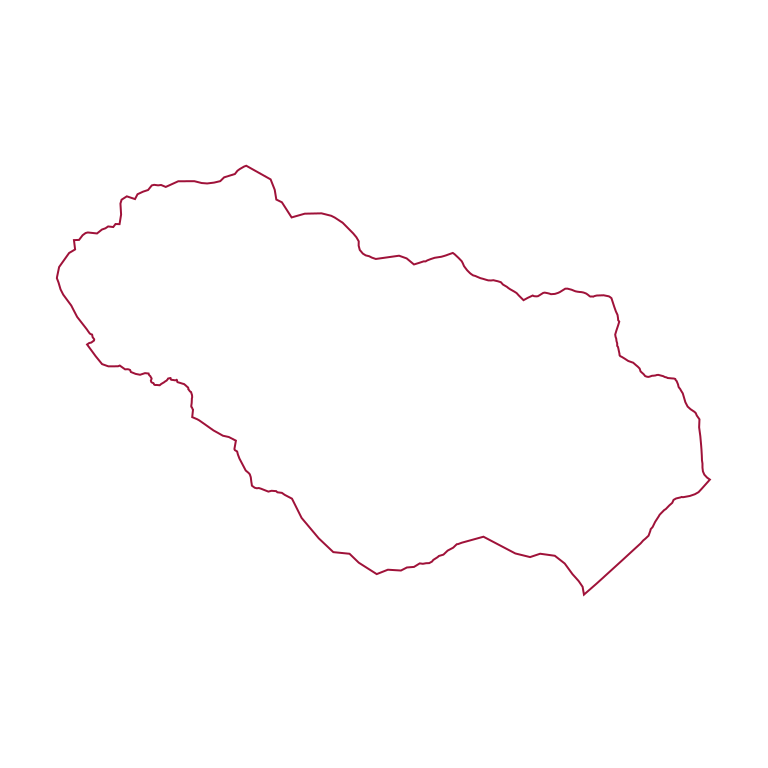 outline of Avram Iancu, Alba, Romania, rotated 173°
{"feature_id": "2599482B52871101223545", "entity_name": "Avram Iancu", "entity_type": "district", "adm_level": 2, "iso_a3": "ROU", "parent_name": "Romania", "parent_adm1": "Alba", "projection": "orthographic", "projection_center": [22.773, 46.378], "detail": "fine", "context": "isolated", "style": "outline", "palette": "rose", "viewbox_px": 768, "rotation_deg": 173, "n_neighbors": 0, "source": "geoboundaries", "source_scale": "gbopen_adm2", "svg_char_len": 5261}
<svg xmlns="http://www.w3.org/2000/svg" viewBox="0 0 768 768"><g transform="rotate(173 384 384)"><path d="M674.2,564.6L674.2,562.2L674.2,555.2L680.6,552.4L692.2,539.7L695.4,530.3L695.8,528.9L694.7,524.5L693.5,517.3L691.5,511.8L684.8,499.9L683.5,496.3L680.4,488.0L672.2,474.3L671.5,472.9L669.9,470.0L668.9,469.2L667.7,468.6L667.5,466.0L666.2,463.7L666.5,462.5L669.5,460.8L671.6,460.6L673.9,459.4L666.8,446.7L661.4,438.1L655.4,435.1L645.8,434.0L644.0,434.5L639.2,430.1L636.5,429.9L635.4,429.5L634.3,428.8L633.8,426.8L629.3,424.3L625.0,422.9L619.9,423.9L616.4,423.1L616.3,422.4L615.9,421.3L615.0,420.3L614.7,419.4L614.0,417.9L614.4,416.8L615.0,415.7L614.7,414.3L614.2,413.8L613.7,413.4L612.8,413.0L612.5,412.5L612.3,411.6L611.8,411.1L610.7,410.8L610.0,410.8L606.8,410.1L605.1,411.2L602.1,412.5L600.6,413.4L599.5,413.8L598.6,414.6L598.0,415.2L597.7,415.7L596.4,415.9L595.2,415.9L595.0,415.0L595.0,414.5L594.6,414.1L593.8,413.9L593.3,413.8L592.2,413.5L591.3,413.2L590.6,413.1L590.2,413.1L589.3,413.4L589.0,413.0L589.0,412.3L588.9,411.3L588.5,410.9L586.6,410.1L583.5,408.7L582.6,408.4L581.3,407.1L580.2,405.8L579.5,405.0L578.9,404.4L578.7,403.4L578.9,402.8L577.4,400.2L576.5,399.5L575.9,396.3L576.0,394.3L576.5,392.9L576.6,392.1L576.9,390.4L577.2,388.6L577.6,387.1L578.0,385.6L578.0,384.8L577.5,384.2L577.1,382.6L576.7,381.8L577.7,377.5L578.4,374.5L573.7,371.8L571.8,370.4L558.9,358.7L554.9,355.8L550.2,352.3L544.5,350.3L537.9,345.8L540.4,337.7L540.1,336.6L538.0,334.9L537.6,331.8L536.9,329.0L536.6,327.7L534.4,321.9L531.8,315.0L529.2,312.2L528.2,310.7L527.6,307.7L527.6,307.4L527.6,304.4L527.6,303.0L527.5,300.9L527.5,299.2L525.0,296.8L522.9,296.0L520.9,296.0L518.5,294.9L518.0,294.6L511.9,291.3L508.6,291.7L504.1,290.8L503.0,289.5L498.6,288.4L496.1,286.1L489.3,281.4L482.1,261.1L467.6,238.8L454.8,223.3L438.9,219.7L430.8,209.7L414.4,196.2L402.8,199.2L389.9,196.8L383.6,199.1L376.5,198.8L370.4,201.6L367.3,200.8L364.0,201.0L361.0,200.7L358.0,201.9L356.5,203.4L351.9,205.6L350.5,206.6L345.8,207.4L341.1,210.9L335.3,213.1L331.3,216.1L329.9,216.1L326.1,217.0L303.9,220.3L274.3,199.8L260.1,194.4L249.7,196.5L235.4,192.7L226.5,183.8L220.1,172.3L215.5,165.7L214.7,164.5L211.6,158.5L211.2,150.6L197.0,160.2L168.6,180.3L155.9,189.4L148.7,194.5L145.8,197.1L143.3,198.7L139.9,201.2L137.6,205.7L137.0,207.4L134.8,209.3L131.7,214.1L127.5,219.1L126.3,220.7L121.3,224.7L119.6,225.5L115.5,228.8L112.4,230.9L110.7,233.7L108.0,234.8L103.5,235.3L102.3,235.6L101.1,235.2L99.0,235.3L94.1,235.6L88.9,236.7L85.0,238.3L81.2,241.5L72.2,249.4L74.8,251.8L77.1,255.0L78.1,258.4L78.1,262.1L77.6,266.3L77.7,269.5L77.3,274.0L76.9,280.1L76.7,284.5L76.4,293.6L76.5,302.6L75.2,310.5L77.4,314.6L78.1,317.1L79.2,318.5L82.8,321.6L85.4,324.6L86.1,326.5L87.1,329.2L88.1,335.3L88.6,338.3L89.6,340.4L90.5,342.5L90.6,342.9L91.5,344.3L91.9,345.0L92.1,346.3L92.2,347.7L92.4,348.4L92.7,349.5L93.2,351.3L94.0,352.3L94.3,353.5L95.6,354.1L97.2,354.4L101.8,355.4L102.7,356.1L104.4,356.7L106.0,357.8L107.8,358.5L110.5,359.6L112.0,359.7L113.5,359.4L115.4,359.4L117.0,359.5L118.7,359.1L120.5,358.8L121.9,359.1L123.8,360.0L125.1,362.1L127.8,365.2L128.4,368.2L130.0,370.3L131.6,372.0L134.1,374.8L135.2,375.3L138.8,377.1L142.1,379.9L144.9,382.1L146.1,382.8L146.7,384.0L146.6,385.2L146.8,387.5L146.9,388.5L147.1,391.0L147.3,392.4L147.9,393.4L147.6,396.0L148.0,398.2L148.0,400.8L148.4,402.5L148.5,404.9L146.8,408.8L144.5,413.6L142.9,417.2L143.8,418.8L143.7,420.8L143.8,424.1L145.0,427.8L146.0,432.3L147.0,437.4L147.8,441.5L148.9,442.6L150.1,443.6L154.0,444.9L155.2,445.3L162.1,445.9L164.5,445.6L165.7,445.2L166.7,445.5L167.9,445.6L168.6,445.7L169.2,446.1L170.4,447.4L172.1,449.0L173.5,449.8L174.9,450.5L176.7,451.1L178.6,451.5L180.6,452.0L182.7,452.7L184.0,453.4L186.3,454.7L190.3,456.3L192.5,456.5L198.3,453.8L200.2,453.2L203.4,452.6L207.3,452.8L208.7,453.5L210.5,454.2L213.3,455.1L214.9,455.0L218.5,453.3L220.5,452.4L222.0,452.4L224.4,452.9L225.6,453.7L230.8,452.0L235.3,450.2L239.4,455.4L241.3,458.1L243.5,459.9L247.4,462.8L249.0,464.2L250.1,465.4L253.8,468.2L255.6,470.8L258.7,472.2L260.7,472.9L262.8,473.7L264.9,473.7L267.8,474.1L270.4,475.2L273.1,476.4L275.4,477.3L278.7,479.2L280.2,480.1L280.7,480.3L282.4,481.0L282.7,481.3L283.9,482.3L285.1,483.5L287.6,486.7L290.2,491.2L291.1,494.3L291.9,496.4L294.6,500.0L298.2,504.3L299.1,505.1L299.5,505.4L299.6,505.6L299.8,505.7L301.1,505.4L304.7,504.6L306.8,504.1L309.0,503.7L311.6,503.3L318.3,503.1L322.4,502.3L326.0,501.4L327.8,500.6L329.6,500.9L334.6,499.9L339.7,499.0L346.2,505.9L353.4,509.5L376.9,509.1L380.6,510.9L383.1,512.6L386.5,513.9L389.1,516.0L391.7,520.0L392.3,524.4L391.7,528.7L393.5,533.0L396.2,537.2L405.3,549.0L412.6,555.2L415.9,557.4L425.2,561.0L441.9,562.7L455.4,560.6L463.2,576.8L468.4,580.2L468.8,590.1L471.6,600.9L494.1,617.4L496.3,616.9L501.0,614.9L503.5,613.5L506.4,610.6L517.5,608.6L521.8,605.3L528.1,604.6L535.1,604.6L540.5,605.7L547.5,608.4L563.5,610.3L576.6,606.2L581.0,608.7L584.0,608.7L587.9,609.7L590.3,609.4L594.5,605.3L599.6,604.3L605.5,602.4L608.6,597.9L616.4,601.6L622.0,598.9L623.6,595.2L624.3,584.2L627.0,574.9L631.0,575.5L633.6,572.8L638.6,574.0L641.5,572.5L645.1,571.7L650.5,568.4L659.5,570.5L661.8,570.2L663.4,569.3L665.0,568.4L669.1,564.2L670.5,564.3L671.8,564.4L674.2,564.6Z" fill="none" stroke="#9f1239" stroke-width="2"/></g></svg>